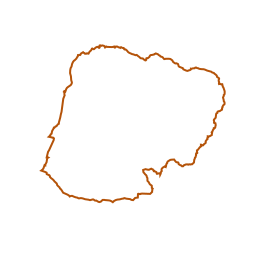 outline of Aricestii Zeletin, Prahova, Romania, rotated 116°
{"feature_id": "2599482B40802977516899", "entity_name": "Aricestii Zeletin", "entity_type": "district", "adm_level": 2, "iso_a3": "ROU", "parent_name": "Romania", "parent_adm1": "Prahova", "projection": "mercator", "projection_center": [26.154, 45.226], "detail": "fine", "context": "isolated", "style": "outline", "palette": "amber", "viewbox_px": 256, "rotation_deg": 116, "n_neighbors": 0, "source": "geoboundaries", "source_scale": "gbopen_adm2", "svg_char_len": 5688}
<svg xmlns="http://www.w3.org/2000/svg" viewBox="0 0 256 256"><g transform="rotate(116 128 128)"><path d="M204.3,187.3L203.8,183.0L203.8,181.6L204.7,181.1L205.1,180.8L205.0,179.7L205.1,178.7L204.9,178.5L205.0,177.8L205.6,177.0L206.2,176.7L206.3,176.4L206.8,175.1L207.1,173.3L207.7,171.6L208.3,170.6L208.5,169.6L208.9,168.6L209.0,168.0L209.6,167.2L210.3,166.7L210.7,165.9L211.4,163.5L212.2,162.6L212.4,161.6L213.0,160.4L214.6,157.9L214.4,152.9L214.7,150.9L215.1,150.4L214.1,149.5L213.5,148.5L213.4,146.0L213.2,144.5L212.8,143.0L212.9,141.8L212.7,141.1L211.9,140.1L211.4,138.9L211.1,137.7L210.8,135.3L210.0,132.8L209.8,132.3L209.5,130.5L207.6,128.3L207.4,127.7L207.7,125.9L207.6,125.5L207.1,124.7L207.3,122.6L207.2,121.4L206.2,120.2L203.8,119.3L203.1,118.0L202.7,116.7L201.5,113.6L201.1,112.2L201.1,110.4L201.3,109.7L201.2,109.5L201.3,109.1L199.6,108.5L198.0,107.3L196.9,106.0L195.8,104.2L194.3,102.5L193.2,100.9L192.7,100.7L192.5,100.2L192.3,98.7L191.0,94.9L191.1,93.4L190.6,91.8L187.7,90.9L186.2,88.7L183.2,90.0L183.1,89.8L182.6,89.8L182.4,89.5L182.4,88.8L182.3,88.5L181.9,88.1L181.8,87.7L181.3,87.5L180.6,86.2L177.5,79.2L174.9,78.3L174.4,78.6L173.7,78.7L172.8,79.2L171.7,79.2L171.5,80.2L171.0,80.4L170.8,80.7L169.8,81.1L169.4,81.4L169.0,83.7L167.5,85.8L167.1,87.1L166.9,87.4L164.5,88.6L163.8,89.6L162.8,90.4L162.4,91.1L162.1,92.3L161.5,93.4L161.1,94.6L159.9,95.5L159.1,96.0L157.3,94.2L156.9,92.3L156.4,90.9L154.4,89.3L154.5,88.5L154.3,87.7L155.0,86.5L155.1,86.3L154.9,86.2L154.9,85.9L155.5,85.7L155.2,84.4L155.2,83.2L155.8,82.6L156.4,82.2L156.5,82.0L156.1,81.3L155.8,81.3L154.6,79.3L155.8,78.6L154.6,78.6L153.5,79.1L151.8,78.8L151.2,79.4L150.2,79.8L149.5,79.7L148.4,79.4L147.0,78.5L146.7,78.1L146.6,77.1L145.9,77.4L145.7,77.7L145.4,77.5L145.3,77.2L143.7,77.7L142.4,77.4L141.9,77.7L140.8,77.6L140.3,77.4L138.1,76.0L137.4,75.0L136.1,72.7L136.9,71.3L137.5,69.8L137.5,69.3L137.0,68.1L137.0,67.8L137.3,67.3L138.2,66.7L138.3,66.5L138.5,64.4L138.3,63.7L138.7,62.6L138.2,61.7L136.7,61.3L136.3,60.7L135.7,60.4L134.7,58.9L134.6,57.8L133.8,57.2L133.6,56.1L132.8,55.3L132.7,54.8L132.5,54.5L130.1,53.6L127.2,54.6L126.3,54.5L125.4,54.8L124.6,54.5L123.5,54.8L122.8,54.8L121.8,55.4L121.0,55.6L120.6,55.5L120.4,54.9L120.0,54.8L118.5,56.0L117.8,56.2L117.2,55.7L113.8,55.0L113.2,54.6L112.8,54.7L112.1,54.1L111.8,54.2L111.3,54.9L111.0,55.1L110.9,54.9L110.9,53.8L110.6,52.9L108.9,52.5L107.6,51.7L106.9,51.8L105.9,52.4L103.7,52.0L103.2,51.7L102.4,52.3L102.0,52.2L101.3,51.8L101.1,51.9L100.9,52.5L100.5,52.7L100.3,52.0L99.9,51.4L99.6,51.2L99.4,50.8L97.5,49.6L97.0,49.9L95.3,50.3L95.1,50.4L95.3,50.7L95.2,50.9L93.6,50.6L92.7,50.8L91.5,50.5L90.6,50.9L90.4,50.8L90.2,50.1L89.8,49.9L88.9,49.9L88.2,50.2L87.0,50.4L85.4,51.5L85.4,51.8L85.7,52.6L85.6,53.0L84.2,53.5L83.4,54.3L82.7,54.4L80.3,53.7L76.8,54.9L76.1,54.9L75.3,54.3L74.5,54.6L74.0,54.6L73.2,53.9L72.7,53.0L71.4,52.3L70.5,51.6L70.1,51.6L69.0,52.2L68.2,52.0L67.6,52.4L67.3,52.4L65.6,52.3L64.5,51.7L63.5,52.0L62.5,52.6L62.0,53.6L61.0,54.2L58.9,56.0L57.2,56.0L56.3,56.4L55.8,56.1L55.1,56.1L53.0,57.0L52.2,57.6L49.7,60.1L49.4,60.8L47.3,62.5L47.4,62.8L47.9,63.1L48.0,64.6L48.6,65.4L47.8,66.0L46.9,66.1L46.0,67.1L44.9,67.6L44.1,67.6L43.6,67.8L43.3,68.3L43.1,70.2L42.8,70.6L42.0,71.2L41.5,72.7L41.3,74.1L40.9,74.9L41.2,76.7L40.9,77.8L41.7,82.1L41.8,84.6L42.1,86.0L43.0,88.0L43.6,90.0L43.5,91.0L43.8,91.9L43.9,92.9L43.8,93.4L44.4,94.1L45.1,94.3L46.0,95.9L46.9,96.8L47.1,97.5L47.8,97.2L48.2,97.3L48.8,97.7L49.9,99.0L50.4,99.3L50.7,99.9L50.9,101.0L51.0,104.0L50.1,105.2L50.4,106.3L50.3,107.2L50.5,108.3L50.4,109.2L50.2,109.6L49.5,110.2L48.6,111.1L48.6,112.8L49.2,113.7L49.2,114.5L48.8,116.5L47.8,117.8L47.4,120.0L47.5,120.6L48.2,122.4L48.8,123.4L49.1,124.3L49.9,125.1L50.2,125.7L49.2,128.0L49.3,129.4L49.5,130.1L49.0,131.0L49.0,132.3L48.6,133.4L48.8,135.7L49.4,136.0L49.8,136.6L50.7,136.9L51.1,137.6L51.8,138.4L52.3,139.3L52.9,139.8L53.8,140.0L54.6,139.9L55.3,140.2L56.5,140.8L57.2,142.0L57.6,142.0L58.8,141.5L59.4,141.7L59.7,142.1L59.5,142.9L59.5,143.8L59.0,145.2L59.7,147.0L59.7,147.5L59.1,149.2L59.1,149.8L58.5,152.2L59.2,153.0L59.3,153.6L59.5,155.6L59.8,156.7L59.8,158.1L59.9,159.8L59.7,161.1L58.7,163.3L58.6,164.0L58.4,164.7L58.9,165.4L58.9,165.9L58.1,166.7L58.0,167.0L58.5,168.2L58.4,169.7L58.5,169.8L59.4,170.1L59.3,170.8L59.5,171.2L59.6,172.0L59.5,173.3L60.1,174.6L61.0,174.7L61.5,175.0L61.5,175.5L60.9,175.9L60.8,176.1L61.9,177.3L62.4,178.1L64.2,182.2L64.3,183.3L65.1,183.5L65.7,183.9L64.8,185.1L64.7,185.7L65.1,187.4L65.9,188.1L65.8,188.9L66.0,189.4L66.3,189.7L66.8,189.7L68.0,188.8L68.5,188.9L68.7,189.4L68.4,190.7L68.6,191.3L69.9,192.3L72.0,193.1L72.3,193.6L72.2,194.9L72.5,195.2L74.3,195.2L76.3,196.0L78.5,196.1L78.7,196.5L78.7,197.3L78.8,197.6L79.4,197.9L80.0,199.0L80.1,199.5L79.7,200.0L79.9,201.0L79.6,201.6L81.7,202.9L83.2,202.9L83.5,203.1L83.7,204.0L84.4,204.6L84.5,204.9L85.7,204.5L86.7,204.8L88.2,204.8L90.4,205.6L91.3,206.1L92.9,206.4L95.1,206.3L97.5,205.7L99.4,205.8L101.3,205.3L104.1,204.1L106.5,202.0L109.9,200.0L111.5,198.5L112.1,198.2L113.4,198.1L114.6,198.3L117.8,200.1L118.8,200.5L120.0,200.6L122.7,200.3L122.7,201.4L123.6,201.5L123.9,200.5L124.5,200.5L126.0,199.7L126.3,199.3L130.1,199.0L142.7,194.8L144.9,194.4L148.3,193.5L153.5,192.5L154.5,192.0L155.5,192.7L157.8,193.1L158.3,193.8L160.1,194.3L160.2,194.8L162.0,194.7L163.5,194.9L165.3,194.6L166.0,194.3L166.7,194.2L167.5,194.7L168.4,194.7L168.7,194.6L169.1,194.9L169.6,194.9L170.6,195.3L170.0,192.9L169.8,191.5L169.6,191.4L169.5,190.9L169.8,190.0L171.5,189.5L182.6,189.2L184.5,189.4L189.6,188.3L189.4,188.1L189.5,186.7L190.2,187.2L190.8,187.3L194.5,186.2L196.9,186.3L197.9,185.9L198.0,186.7L201.4,186.3L202.6,186.5L204.3,187.3Z" fill="none" stroke="#b45309" stroke-width="2"/></g></svg>